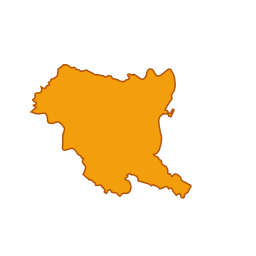 Gia Vien, Ninh Bình, Vietnam (Albers equal-area conic projection), rotated 324°
{"feature_id": "81297802B79786453625721", "entity_name": "Gia Vien", "entity_type": "district", "adm_level": 2, "iso_a3": "VNM", "parent_name": "Vietnam", "parent_adm1": "Ninh Bình", "projection": "albers", "projection_center": [105.858, 20.33], "detail": "fine", "context": "isolated", "style": "filled", "palette": "amber", "viewbox_px": 256, "rotation_deg": 324, "n_neighbors": 0, "source": "geoboundaries", "source_scale": "gbopen_adm2", "svg_char_len": 5747}
<svg xmlns="http://www.w3.org/2000/svg" viewBox="0 0 256 256"><g transform="rotate(324 128 128)"><path d="M113.2,39.0L112.3,38.9L110.7,39.3L105.8,39.3L105.5,40.1L104.3,41.7L102.8,42.9L102.2,43.6L101.7,43.9L101.6,44.3L99.1,44.5L98.3,44.3L96.3,44.3L95.3,43.6L94.2,43.4L93.8,44.3L93.5,44.5L91.9,44.6L90.5,44.5L90.3,44.8L90.0,46.5L89.8,46.9L89.7,47.1L89.3,47.1L87.3,46.1L86.8,46.1L85.0,47.2L84.2,47.0L83.5,46.7L83.1,46.2L82.6,45.6L81.8,43.8L81.4,45.2L80.7,46.2L79.3,47.5L78.6,47.8L77.6,47.7L76.8,47.4L74.4,45.8L74.0,45.7L73.2,45.7L72.9,45.8L72.4,46.3L72.0,46.7L71.2,48.3L70.5,48.9L69.8,49.1L67.9,49.0L67.4,49.3L67.3,49.7L67.6,51.2L68.6,53.4L68.0,54.2L67.2,54.7L66.5,54.7L65.7,54.2L64.8,54.0L64.8,54.3L65.2,55.5L66.0,57.1L66.0,57.4L59.1,58.0L60.8,60.7L62.0,62.1L63.0,63.2L64.7,64.5L68.4,66.3L69.1,67.1L69.5,67.6L69.7,68.2L69.8,68.8L69.7,70.2L69.6,70.8L69.2,71.5L67.5,74.4L66.9,75.6L66.8,76.0L66.9,76.8L67.0,77.4L67.4,78.2L69.8,79.9L70.8,80.3L74.0,81.4L74.8,81.9L75.2,82.2L75.6,82.9L75.9,83.8L76.4,85.6L76.5,86.4L76.6,90.2L76.5,90.6L76.3,91.1L75.8,91.7L75.0,92.6L71.5,95.1L70.5,96.1L66.8,101.4L63.6,105.1L63.1,105.8L62.9,106.5L62.9,107.3L62.9,107.7L63.2,108.2L63.7,108.7L64.9,109.4L67.3,110.1L69.0,110.7L70.0,111.1L70.7,111.6L71.2,112.0L71.6,112.7L72.0,113.7L72.1,114.6L72.1,119.8L72.6,121.4L73.1,122.4L73.4,122.9L73.2,123.3L72.9,124.9L73.8,126.0L73.9,126.4L73.9,126.8L73.2,126.8L71.8,127.7L71.2,128.7L71.0,129.5L70.9,129.9L70.9,131.0L71.1,133.1L71.0,134.0L70.0,135.6L67.7,137.3L65.0,138.9L64.4,139.1L65.6,144.7L65.8,145.0L66.3,145.2L66.4,145.4L66.4,145.6L65.9,146.4L66.0,146.9L67.0,148.1L67.6,148.5L67.9,148.9L68.1,150.2L68.3,151.0L68.8,152.6L69.1,153.0L69.1,153.4L68.1,155.3L69.8,156.7L71.9,157.7L72.7,158.4L72.7,159.3L72.2,161.0L72.9,161.3L73.1,161.5L72.8,162.5L72.7,163.3L72.9,163.6L73.1,164.8L71.4,165.6L71.2,165.8L71.1,166.1L71.5,167.0L72.2,168.2L73.1,167.9L74.3,167.0L75.8,166.9L76.5,167.0L76.9,167.4L77.3,168.0L77.3,169.1L77.1,170.1L77.2,170.4L77.3,170.6L77.9,171.4L79.9,173.2L80.6,174.1L80.7,174.4L80.7,176.8L80.9,177.5L81.0,177.8L81.4,178.3L81.6,178.4L82.2,178.5L84.2,177.7L85.0,177.8L85.3,177.9L86.4,178.5L87.9,179.7L89.3,180.4L90.1,180.6L90.6,180.7L91.7,180.4L92.9,180.0L93.8,179.4L94.5,178.8L95.6,177.6L95.9,177.3L97.5,173.1L97.6,171.7L95.9,168.9L95.7,168.3L95.6,167.3L98.1,167.2L99.3,167.1L99.6,166.8L99.6,166.5L99.5,165.3L99.6,165.2L99.8,165.2L102.3,165.9L102.7,166.1L102.9,166.4L102.9,167.2L103.0,167.5L103.6,168.0L104.0,168.5L104.3,168.7L104.9,168.9L105.1,169.1L105.6,170.3L106.3,171.6L106.6,172.3L106.6,173.2L106.3,174.5L105.9,175.5L105.2,176.6L105.1,176.9L106.4,178.3L111.1,184.3L111.7,185.2L113.1,188.5L115.2,188.9L115.5,189.1L115.8,190.6L116.1,191.0L117.0,191.3L117.9,194.6L117.8,195.6L119.1,196.6L119.6,196.7L122.9,197.2L124.3,197.7L125.0,198.3L125.3,198.7L125.1,201.1L125.4,201.3L126.8,201.5L127.3,201.8L127.7,202.3L127.9,202.8L127.9,203.3L127.2,205.2L127.5,210.8L130.2,211.0L130.8,211.2L131.3,211.5L131.5,211.9L131.4,212.6L130.4,215.1L130.3,215.5L130.4,216.0L131.3,216.4L131.7,216.6L131.9,216.9L131.9,217.1L132.6,217.1L132.9,216.7L134.1,215.8L135.5,215.2L136.9,215.0L138.7,215.1L139.2,215.0L140.5,214.2L144.4,212.3L144.9,211.8L144.9,211.5L144.9,210.8L143.6,208.7L143.2,207.2L141.6,204.2L140.5,201.5L140.5,201.1L141.3,199.6L141.5,198.8L141.4,197.7L141.1,196.1L140.7,195.0L140.0,193.8L139.2,193.0L138.8,192.7L138.4,192.7L136.3,192.9L135.2,193.2L134.7,192.9L134.7,192.5L135.1,190.8L135.1,190.1L134.9,189.6L134.3,189.2L133.6,188.4L133.7,187.5L135.1,186.0L135.6,184.8L135.9,183.7L136.1,182.4L136.1,181.7L135.9,181.1L134.9,179.2L134.4,177.7L134.4,177.0L134.6,176.1L135.4,174.7L135.5,174.2L135.6,173.7L135.4,173.1L134.9,172.2L134.8,171.3L135.0,169.0L134.5,168.2L133.7,167.1L133.5,166.5L133.1,164.8L133.1,164.4L134.6,165.1L135.3,165.2L136.7,165.3L138.7,164.8L140.6,163.9L142.1,162.8L144.1,161.2L145.8,159.6L147.7,157.7L149.8,155.1L151.0,152.0L154.3,144.9L156.5,141.1L157.9,139.3L159.7,138.0L160.6,137.6L164.9,137.1L165.5,137.9L166.7,138.8L167.9,139.3L168.7,141.1L168.0,142.3L169.3,144.2L175.2,140.9L175.2,140.4L175.8,140.2L175.1,139.0L173.2,140.4L173.0,140.0L172.5,140.2L172.6,140.8L171.4,141.7L169.2,138.9L170.0,138.2L170.1,137.8L170.0,137.4L168.5,135.2L170.3,134.2L171.8,133.5L178.1,131.0L179.4,130.7L181.3,129.7L181.2,129.0L182.2,127.4L183.0,126.8L184.1,126.2L187.4,124.8L189.2,123.3L190.3,122.3L192.3,119.6L193.2,118.1L194.9,115.1L195.9,112.3L196.4,110.6L196.9,106.2L196.9,105.9L196.8,105.5L196.1,104.7L195.7,104.4L194.9,104.2L192.7,104.2L189.2,104.5L185.3,104.5L184.3,104.3L183.4,104.0L182.8,103.6L182.4,103.2L182.1,102.5L181.9,101.6L181.8,100.9L181.8,99.8L182.2,96.8L182.1,95.5L182.0,94.9L181.2,93.7L180.0,92.9L178.6,92.9L178.0,93.1L176.6,93.7L176.1,94.0L174.3,95.7L173.2,96.5L172.2,97.0L171.4,97.3L170.3,97.5L169.4,97.4L168.8,97.3L168.2,97.0L167.6,96.4L167.1,95.5L166.3,93.3L164.8,88.9L164.5,88.2L164.3,88.1L163.1,88.3L162.9,88.1L162.8,87.5L161.2,85.8L160.9,85.3L160.0,84.7L159.4,84.6L158.9,84.9L158.6,85.7L158.6,86.3L159.2,87.2L159.0,87.7L158.6,88.2L158.2,88.2L157.9,88.3L157.9,88.8L157.2,88.9L156.5,88.8L154.8,88.0L153.7,88.0L152.6,88.3L152.0,88.1L151.5,87.6L150.2,86.6L149.3,85.6L148.5,84.5L148.3,84.0L148.3,83.3L148.1,82.8L147.0,82.1L146.7,81.2L145.9,80.2L145.1,79.6L144.7,79.1L144.5,78.5L145.0,76.4L143.5,74.6L142.6,74.1L141.9,73.9L139.9,73.8L139.5,73.6L139.3,73.4L139.2,72.3L138.8,71.4L138.3,70.8L136.3,68.9L135.0,67.3L133.1,65.8L132.7,65.3L132.1,64.5L131.6,62.7L130.8,61.3L129.2,58.5L128.8,57.2L128.6,57.0L128.2,56.6L127.8,56.4L126.3,56.0L123.9,54.9L123.1,54.3L123.0,54.0L122.7,52.6L122.5,52.2L122.1,51.6L120.9,50.3L120.5,49.7L120.5,48.1L120.2,47.2L119.9,47.0L118.3,46.5L118.0,46.4L117.7,46.0L117.1,44.8L116.9,43.9L116.4,42.4L115.5,41.0L115.0,40.4L113.2,39.0Z" fill="#f59e0b" stroke="#b45309" stroke-width="1.5"/></g></svg>